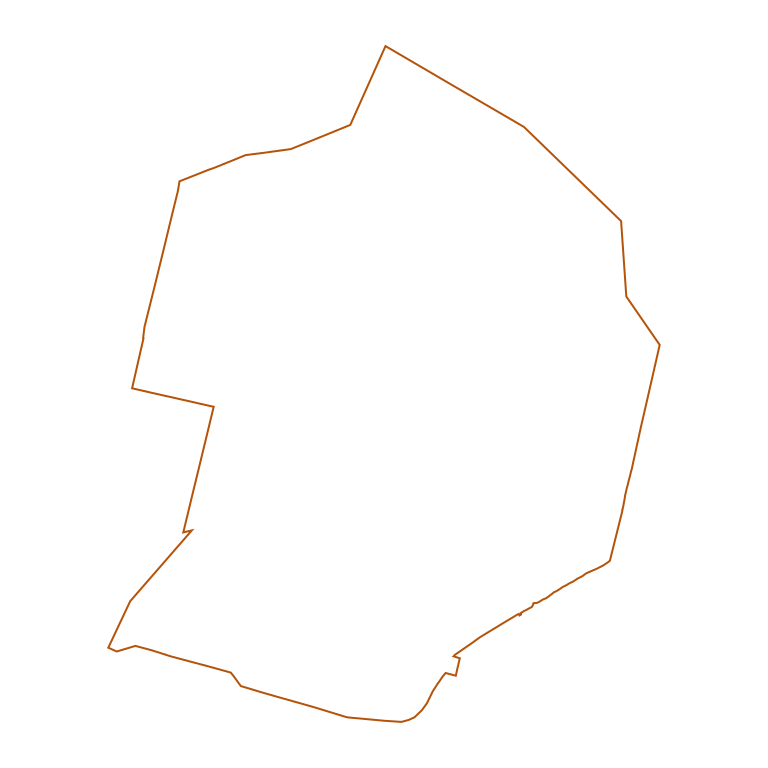 the district of San Francisco Lachigoló, Oaxaca, Mexico
{"feature_id": "50627088B79182667704581", "entity_name": "San Francisco Lachigoló", "entity_type": "district", "adm_level": 2, "iso_a3": "MEX", "parent_name": "Mexico", "parent_adm1": "Oaxaca", "projection": "mercator", "projection_center": [-96.594, 17.027], "detail": "fine", "context": "isolated", "style": "outline", "palette": "amber", "viewbox_px": 768, "rotation_deg": 0, "n_neighbors": 0, "source": "geoboundaries", "source_scale": "gbopen_adm2", "svg_char_len": 2153}
<svg xmlns="http://www.w3.org/2000/svg" viewBox="0 0 768 768"><path d="M194.3,486.8L183.3,532.4L191.8,530.4L130.2,601.2L108.3,647.7L116.7,651.5L135.4,645.9L151.8,650.3L170.6,656.3L188.9,661.2L211.4,667.2L230.8,672.6L233.1,675.5L234.9,677.9L238.7,683.2L240.9,686.1L260.5,692.0L276.5,696.6L299.2,703.0L315.4,707.6L327.4,711.3L346.0,717.0L348.7,717.5L359.9,718.5L384.7,720.8L401.4,721.9L408.8,719.9L414.5,717.3L415.7,716.1L421.8,710.3L424.0,707.3L426.9,703.3L432.8,691.2L436.4,685.7L437.6,683.7L439.0,681.9L442.5,676.7L445.6,673.0L455.8,675.7L457.3,668.8L458.0,666.1L458.6,663.4L459.8,658.3L453.6,656.3L454.8,654.9L472.3,642.8L480.0,637.2L487.4,632.7L502.2,623.7L503.2,623.1L517.0,614.8L518.8,613.9L519.5,615.4L521.0,614.5L520.9,613.0L522.6,611.9L524.2,610.9L526.1,610.1L527.6,609.2L529.5,608.2L530.7,607.6L531.8,607.0L532.6,605.6L533.1,604.7L533.4,603.2L534.7,603.1L536.8,602.9L538.8,602.1L541.3,600.5L542.7,599.6L544.8,598.7L546.1,598.3L547.3,597.3L548.9,596.3L549.4,595.9L549.7,595.6L550.6,594.9L551.5,594.3L553.7,592.4L556.7,591.0L559.3,589.4L561.3,588.0L563.3,586.6L564.8,586.0L566.1,585.3L566.7,585.0L568.7,583.7L570.8,582.6L573.0,581.6L574.5,580.6L576.0,579.7L577.0,578.9L579.2,577.8L580.6,577.1L581.3,576.7L582.1,576.3L583.8,575.1L585.9,573.5L593.3,570.2L595.8,569.2L603.3,565.4L608.5,561.9L609.9,560.7L622.5,510.2L622.2,509.8L622.8,508.4L623.3,506.0L623.9,502.7L624.6,499.1L625.1,495.4L625.9,492.2L626.6,488.9L627.4,486.1L628.3,482.5L628.8,480.4L629.4,478.2L630.3,474.7L631.0,471.6L631.7,469.4L632.5,465.7L632.6,465.1L640.9,427.1L649.1,391.4L659.7,344.9L626.3,296.5L621.1,221.1L523.9,126.9L452.3,85.2L385.5,46.1L350.3,124.9L310.8,141.0L290.7,149.1L260.8,153.2L245.6,155.1L213.8,168.0L213.2,168.2L208.0,170.0L179.5,181.3L178.0,190.4L177.5,192.7L175.6,200.3L171.6,216.6L168.4,229.8L165.9,240.2L163.1,251.7L155.1,284.4L144.5,326.9L143.1,338.1L143.5,338.3L139.5,355.8L132.1,388.3L148.7,392.1L151.6,392.8L155.3,393.6L158.4,394.3L161.4,395.0L169.6,396.8L173.2,397.6L177.1,398.5L181.8,399.6L185.5,400.4L189.9,401.4L194.8,402.5L197.7,403.2L201.3,404.0L203.1,404.4L213.7,406.8L198.9,468.0L194.3,486.8Z" fill="none" stroke="#b45309" stroke-width="2"/></svg>